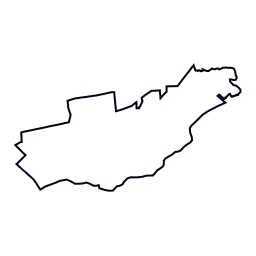 outline of Comuna 4, Ciudad de Buenos Aires, Argentina
{"feature_id": "61730980B82066929031844", "entity_name": "Comuna 4", "entity_type": "district", "adm_level": 2, "iso_a3": "ARG", "parent_name": "Argentina", "parent_adm1": "Ciudad de Buenos Aires", "projection": "natural_earth1", "projection_center": [-58.377, -34.64], "detail": "fine", "context": "isolated", "style": "outline", "palette": "ink", "viewbox_px": 256, "rotation_deg": 0, "n_neighbors": 0, "source": "geoboundaries", "source_scale": "gbopen_adm2", "svg_char_len": 4781}
<svg xmlns="http://www.w3.org/2000/svg" viewBox="0 0 256 256"><path d="M40.3,189.6L45.8,186.3L51.4,184.3L55.9,182.6L60.1,180.8L66.5,179.6L70.3,181.1L75.2,183.8L81.8,183.6L86.5,182.6L89.9,183.8L93.8,185.8L96.3,185.8L98.7,185.2L99.4,188.2L101.4,188.9L104.7,189.9L108.1,190.6L110.6,190.7L112.9,190.6L116.9,186.3L119.6,185.8L122.6,184.3L123.7,182.1L127.5,178.3L130.7,177.3L137.7,177.3L142.1,176.8L145.9,175.8L149.0,175.5L152.8,175.5L154.9,173.3L157.1,170.5L160.3,168.3L162.7,166.7L163.8,164.4L163.8,160.7L165.5,158.4L168.9,156.4L172.4,154.4L175.3,151.9L178.0,151.6L180.8,150.4L183.5,147.3L186.8,144.6L190.2,142.6L192.1,140.2L191.7,136.8L190.1,132.5L189.8,128.2L191.2,125.9L197.1,120.3L202.4,114.9L207.8,111.3L218.0,106.0L225.4,102.7L217.6,96.0L219.0,94.7L219.5,94.7L222.3,97.6L222.7,97.6L223.5,98.2L224.0,99.0L226.1,98.0L226.1,97.7L225.9,97.6L225.7,97.6L225.6,97.4L226.3,97.2L226.6,96.7L229.2,94.0L229.9,93.8L230.1,93.8L230.3,94.0L230.8,96.0L231.0,96.1L231.4,96.1L231.5,96.4L231.7,96.5L232.0,96.4L232.1,96.8L232.5,96.7L232.8,96.4L233.1,96.1L233.6,95.9L233.7,96.2L236.6,95.2L236.5,94.8L237.7,94.5L237.9,94.9L238.2,94.7L238.1,94.3L238.8,93.6L240.3,92.1L240.5,91.8L240.6,91.5L240.6,91.3L240.5,91.0L240.5,90.7L240.5,90.3L240.5,90.0L240.4,89.7L240.2,89.4L239.8,89.0L239.5,88.8L239.3,88.5L239.3,88.3L239.1,88.0L238.7,87.8L236.5,85.9L236.3,85.7L236.0,85.6L235.6,85.6L235.3,85.5L234.9,85.4L233.7,85.1L233.3,84.9L233.1,84.8L232.9,84.6L232.6,84.2L232.3,83.8L232.0,83.5L231.6,83.2L231.3,82.8L231.0,82.5L230.7,82.2L230.4,81.8L230.1,81.4L229.9,79.4L230.2,79.4L230.8,79.4L231.4,79.5L232.9,79.8L233.4,80.0L233.9,80.0L234.6,80.0L235.0,80.0L235.5,79.9L235.8,79.7L236.0,79.3L236.1,79.0L236.2,78.7L236.5,78.3L236.6,78.0L236.7,77.7L236.7,77.4L236.5,76.9L236.5,76.6L236.5,76.4L236.4,76.1L236.0,75.8L235.9,75.5L235.7,75.1L235.6,74.8L235.6,74.4L235.5,73.9L235.5,73.3L235.4,72.8L235.3,72.3L235.3,72.0L235.2,71.7L235.1,71.3L234.9,71.0L234.8,70.7L234.7,70.5L234.5,70.2L234.4,69.9L234.3,69.7L234.2,69.4L234.1,69.0L233.9,68.8L233.5,68.6L233.4,68.5L233.0,68.3L232.7,68.2L232.4,68.1L232.0,68.0L231.8,67.9L231.1,67.8L230.7,67.8L230.2,67.7L229.8,67.7L229.4,67.8L228.8,67.9L228.4,67.9L228.0,67.8L227.6,67.7L227.1,67.6L226.7,67.5L226.4,67.5L225.9,67.5L225.5,67.5L225.0,67.6L224.6,67.7L224.3,67.7L223.3,67.7L222.9,67.7L222.6,67.8L222.4,68.0L222.2,68.2L219.5,69.3L219.5,69.1L218.1,68.5L216.2,68.7L215.0,69.3L214.9,69.3L213.2,68.9L212.6,68.9L212.2,68.9L211.9,68.9L211.7,69.0L211.7,68.8L208.4,71.1L206.1,70.8L203.5,69.7L203.7,70.0L203.9,70.1L203.4,70.4L202.8,70.8L202.2,70.8L201.4,70.6L201.1,71.2L200.9,71.2L200.6,71.2L200.2,70.6L199.2,70.2L198.0,71.0L197.6,70.4L195.6,70.6L195.4,70.3L194.8,68.6L194.0,66.6L193.6,65.3L193.1,66.0L192.8,66.3L192.6,66.5L190.2,69.6L189.6,70.5L187.2,73.5L186.2,74.8L184.0,77.6L181.8,80.5L181.5,80.8L180.9,81.7L180.6,82.1L180.3,82.5L180.1,82.7L179.5,83.5L178.7,84.7L177.8,85.8L177.5,86.2L176.8,86.1L169.9,86.3L166.6,86.3L166.6,87.1L166.6,91.6L166.6,91.8L166.3,91.9L163.2,95.1L162.8,95.5L161.0,97.8L160.5,98.3L160.4,97.5L160.4,97.0L160.4,96.5L160.2,94.5L159.8,90.9L159.8,90.4L156.2,90.6L155.7,90.7L151.7,90.8L149.4,92.2L144.6,95.5L144.1,95.9L141.6,97.9L141.7,98.5L142.5,101.1L140.6,105.4L140.5,105.7L140.5,105.9L140.4,106.1L140.2,106.3L139.2,107.1L139.1,107.3L139.1,108.2L136.6,108.3L136.5,106.3L136.4,102.1L136.2,102.2L135.5,102.9L133.5,104.4L131.7,105.9L130.4,106.4L127.2,107.6L124.7,108.5L123.0,109.1L122.1,109.4L120.1,110.1L119.6,110.2L117.9,110.7L116.0,111.2L115.6,107.2L115.6,106.4L115.3,104.0L114.8,98.7L114.4,94.7L114.2,92.1L111.9,92.1L109.6,92.6L107.1,93.2L104.7,93.7L101.4,94.4L97.4,95.3L94.4,95.7L92.3,96.0L91.7,96.1L88.8,96.5L86.2,96.9L81.5,97.5L79.5,97.8L79.0,97.9L75.3,98.4L72.9,99.1L71.9,99.4L71.6,99.5L68.1,100.6L67.6,100.7L67.7,101.4L67.9,104.0L68.0,104.5L68.2,107.7L68.3,108.0L69.7,112.3L70.4,113.9L70.5,114.3L70.5,115.6L70.1,117.4L69.6,119.4L69.4,120.0L68.8,122.3L68.0,122.5L67.4,122.6L64.4,123.2L61.4,123.9L57.8,124.7L55.6,125.1L55.3,125.2L52.5,125.7L52.2,125.8L50.7,126.1L50.1,126.2L49.6,126.3L47.0,126.9L41.2,128.2L38.0,128.8L37.6,128.9L35.1,129.4L33.8,129.7L32.3,130.0L31.0,130.3L30.2,130.4L29.7,130.5L28.2,130.9L27.1,131.1L26.7,131.2L26.2,131.2L24.4,131.6L23.9,131.8L23.3,131.9L21.7,132.3L21.2,132.5L21.3,134.0L21.4,135.9L21.5,137.6L21.6,139.3L21.7,142.0L20.6,142.1L18.6,143.2L18.5,143.3L15.4,145.0L16.3,146.2L18.0,147.8L19.8,149.5L20.1,149.8L22.0,151.8L24.6,154.3L25.1,154.8L25.5,155.1L24.3,156.4L21.9,158.8L19.7,161.0L18.2,162.5L16.5,164.1L19.5,166.9L21.7,168.9L22.0,169.1L23.3,170.3L23.6,170.6L24.4,171.2L24.7,171.3L24.9,171.6L27.3,173.8L27.6,174.2L29.0,175.3L29.2,175.5L29.5,175.8L31.1,177.2L31.4,177.5L32.6,178.6L32.9,178.9L33.8,179.6L34.5,180.8L36.2,183.2L37.7,185.6L37.9,185.9L38.5,186.8L40.0,189.1L40.3,189.6Z" fill="none" stroke="#020617" stroke-width="2"/></svg>